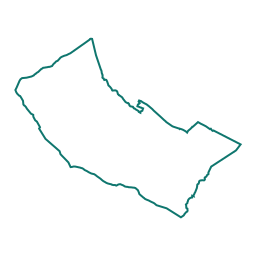 Santa Ana Tlapacoyan, Oaxaca, Mexico
{"feature_id": "50627088B51283651622115", "entity_name": "Santa Ana Tlapacoyan", "entity_type": "district", "adm_level": 2, "iso_a3": "MEX", "parent_name": "Mexico", "parent_adm1": "Oaxaca", "projection": "orthographic", "projection_center": [-96.856, 16.745], "detail": "fine", "context": "isolated", "style": "outline", "palette": "teal", "viewbox_px": 256, "rotation_deg": 0, "n_neighbors": 0, "source": "geoboundaries", "source_scale": "gbopen_adm2", "svg_char_len": 4308}
<svg xmlns="http://www.w3.org/2000/svg" viewBox="0 0 256 256"><path d="M193.6,196.2L193.4,195.6L193.6,195.3L194.0,194.5L194.4,193.8L194.5,193.3L195.1,192.4L195.4,191.7L195.9,190.4L196.5,188.9L196.8,188.2L197.0,187.0L197.2,186.1L197.2,185.1L197.4,184.5L198.0,184.0L198.6,183.7L198.8,183.0L199.0,182.5L199.1,181.6L199.4,181.0L199.8,180.7L200.6,180.4L201.3,180.4L202.0,180.2L203.0,180.3L203.6,180.3L204.2,180.3L204.7,179.8L204.9,179.4L204.9,178.9L204.7,178.5L204.6,178.0L204.9,177.4L205.5,177.1L206.2,176.7L206.6,176.2L206.8,175.5L207.3,174.9L208.0,174.5L208.5,174.0L208.4,173.4L208.4,172.5L211.2,166.6L235.6,150.7L236.1,150.3L240.6,144.4L214.5,131.0L214.0,130.7L213.5,130.5L212.8,130.9L211.9,130.3L210.8,128.7L210.3,128.8L209.9,129.1L209.3,128.7L206.2,126.5L205.7,126.2L203.6,125.1L201.8,124.2L201.1,123.9L198.0,122.1L197.9,122.2L195.8,124.1L194.8,125.0L193.0,126.6L192.5,127.0L192.2,126.9L191.8,127.5L190.3,129.0L189.3,129.8L188.1,130.8L187.1,132.6L186.3,131.8L185.3,131.1L183.2,129.9L181.8,129.3L179.5,128.6L179.4,128.8L179.2,128.6L173.7,126.8L172.4,126.3L166.2,122.0L165.6,121.3L163.8,119.8L163.4,119.4L160.5,116.7L153.7,110.6L152.3,109.1L148.3,105.7L148.2,105.7L146.6,104.4L146.3,104.3L145.9,104.0L145.0,103.6L142.7,102.3L142.6,102.2L141.8,101.7L141.3,101.2L140.3,100.9L139.1,100.5L138.6,101.6L139.7,103.0L139.3,103.2L139.2,103.6L138.7,104.0L138.4,104.2L138.2,104.3L137.9,104.6L137.7,105.2L137.4,106.3L138.0,106.5L138.7,106.7L139.3,107.0L140.2,107.4L140.4,107.5L140.9,107.5L141.3,107.7L141.7,107.9L142.2,108.1L143.1,108.4L142.3,110.8L141.2,111.2L140.8,111.4L140.6,111.6L140.5,111.9L140.4,112.8L139.8,112.5L139.4,112.2L139.2,112.1L138.8,111.8L138.7,111.8L138.6,111.6L138.5,111.0L135.5,109.3L135.3,109.0L134.9,108.7L134.4,108.4L133.8,108.3L133.7,108.0L133.3,107.4L133.1,107.3L132.9,106.8L130.3,106.3L129.4,105.4L129.3,104.6L128.9,103.8L128.4,103.2L128.1,103.4L125.6,102.1L122.8,98.5L122.8,98.3L122.3,97.6L122.0,97.2L121.0,96.5L119.9,95.7L118.9,95.2L118.9,94.9L117.9,94.1L117.4,92.1L117.3,91.9L117.1,91.4L116.5,90.8L115.7,90.5L115.6,90.4L114.0,90.4L112.6,90.6L112.2,90.4L111.5,88.7L110.0,86.8L108.4,85.4L108.4,85.1L107.1,81.4L106.3,79.9L105.6,79.7L104.3,80.0L104.0,79.5L103.8,79.2L103.8,78.9L103.8,78.7L103.7,78.5L103.4,78.4L102.6,77.9L102.4,77.5L102.6,76.5L102.6,76.0L102.6,75.6L102.6,75.1L102.5,74.8L102.3,74.7L102.2,74.0L101.7,72.9L101.7,72.2L101.4,70.6L101.2,70.1L100.9,69.7L96.0,55.2L92.1,38.9L90.9,38.7L89.9,39.1L89.7,39.6L70.3,53.3L68.7,54.0L67.2,54.8L66.3,55.2L64.4,55.7L61.6,56.9L60.4,57.7L59.4,58.9L57.9,60.5L57.7,60.8L56.4,61.3L55.8,61.7L55.1,62.6L53.8,63.7L52.9,64.8L52.1,66.0L49.5,66.9L48.6,66.9L46.8,67.3L46.2,67.3L44.9,67.6L43.1,67.8L42.3,68.5L41.1,69.1L40.5,69.8L40.2,70.0L38.8,71.4L38.3,71.9L36.6,72.9L35.6,73.9L34.6,74.4L33.8,75.4L31.5,76.5L26.5,77.7L22.1,78.1L20.5,79.3L19.5,80.9L16.6,87.6L15.4,90.0L16.3,92.3L17.2,93.7L19.2,95.7L20.2,96.1L21.3,97.9L23.0,100.8L23.4,104.5L24.1,105.4L24.7,105.7L25.9,107.0L26.9,108.7L31.0,113.7L33.2,114.8L33.2,115.2L33.4,116.9L34.2,118.4L35.2,120.3L36.9,121.6L40.0,127.2L39.1,128.6L45.5,138.9L59.6,151.2L60.5,154.2L62.1,155.9L68.4,162.4L70.6,167.1L71.6,167.0L72.6,166.8L73.5,166.5L74.8,166.5L75.9,166.7L77.3,167.0L78.6,167.3L80.1,167.6L81.2,168.0L82.4,168.3L83.5,169.0L84.6,170.0L85.7,170.5L87.3,171.3L88.5,172.1L89.9,172.8L91.3,173.5L94.2,174.2L95.6,175.1L96.9,176.2L98.2,177.1L99.5,178.0L100.6,178.8L101.8,179.9L103.3,181.1L105.1,182.1L106.4,182.9L107.9,183.5L109.9,184.0L111.6,184.4L112.0,184.8L113.7,185.1L115.0,185.0L116.2,185.6L116.6,185.5L117.9,184.7L119.0,184.3L120.3,184.2L122.2,185.0L123.5,185.5L124.0,185.9L124.7,186.4L126.3,186.8L127.8,186.9L128.5,187.2L130.3,187.3L131.7,187.4L132.9,187.6L134.3,187.7L135.5,188.1L138.0,190.3L138.4,191.4L138.9,192.5L139.1,193.3L139.4,194.1L140.3,194.9L141.3,195.8L142.3,196.6L143.4,197.6L144.1,198.0L144.7,198.7L146.0,199.4L147.2,199.9L148.8,200.5L149.1,200.7L150.4,201.4L151.6,202.0L153.4,202.8L154.4,203.4L156.5,205.2L166.6,208.3L180.9,217.3L183.6,215.5L184.0,215.0L184.3,214.4L184.6,213.9L185.1,213.5L185.6,212.7L186.4,212.0L187.3,211.5L187.6,210.4L187.4,209.3L187.4,208.6L186.3,207.9L186.2,205.6L185.9,204.5L187.4,203.0L187.5,202.0L187.9,201.2L188.0,200.5L188.4,199.6L189.3,198.6L190.2,198.0L190.8,197.7L191.4,197.6L192.1,197.5L192.2,195.7L193.6,196.2Z" fill="none" stroke="#0f766e" stroke-width="2"/></svg>